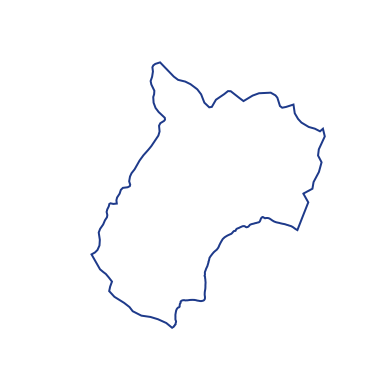 Martuni, Gegharkunik, Armenia, rotated 127°
{"feature_id": "60910142B24861736009361", "entity_name": "Martuni", "entity_type": "district", "adm_level": 2, "iso_a3": "ARM", "parent_name": "Armenia", "parent_adm1": "Gegharkunik", "projection": "robinson", "projection_center": [45.353, 40.06], "detail": "fine", "context": "isolated", "style": "outline", "palette": "blue", "viewbox_px": 384, "rotation_deg": 127, "n_neighbors": 0, "source": "geoboundaries", "source_scale": "gbopen_adm2", "svg_char_len": 5901}
<svg xmlns="http://www.w3.org/2000/svg" viewBox="0 0 384 384"><g transform="rotate(127 192 192)"><path d="M67.5,132.0L69.8,137.9L70.7,146.4L69.8,151.3L67.3,157.3L61.1,163.6L67.5,168.1L70.4,170.7L70.4,173.5L65.3,180.6L64.6,183.5L65.3,188.9L72.8,197.9L78.5,201.6L88.4,205.6L88.4,210.7L88.2,221.7L89.8,224.0L94.5,225.2L103.9,228.4L112.1,227.4L114.0,229.2L113.2,235.9L108.5,243.5L106.8,249.6L106.8,258.1L107.9,263.9L110.8,270.6L110.8,276.0L107.7,295.5L111.8,298.4L114.2,299.1L116.2,298.7L119.3,295.7L124.0,293.2L128.3,291.8L130.6,289.2L133.8,283.0L136.7,281.1L139.5,280.1L143.8,276.4L146.8,271.7L148.2,266.8L149.1,258.4L150.5,257.1L152.0,257.1L156.1,258.7L158.9,258.2L163.2,254.3L167.2,252.8L179.9,252.1L184.6,252.3L191.9,252.9L198.4,252.8L208.4,251.5L213.4,251.6L217.0,250.8L221.3,248.6L223.4,245.7L224.8,245.2L226.9,246.2L230.3,249.7L233.1,250.1L236.9,248.8L241.5,248.5L244.1,247.4L246.5,245.1L248.9,247.7L250.1,250.3L251.3,250.8L253.6,249.8L256.9,249.2L259.3,248.2L261.4,245.7L263.4,244.7L266.9,244.5L271.4,243.4L276.7,243.2L280.5,242.1L285.7,236.8L290.4,233.7L295.2,232.6L298.7,233.1L302.3,234.7L309.1,218.9L309.3,214.7L309.3,211.5L310.3,207.1L311.7,202.0L316.9,200.4L321.0,198.5L322.4,190.9L321.4,179.4L321.5,172.7L322.9,167.6L321.2,158.0L316.8,150.0L314.1,142.6L312.1,133.7L312.4,126.2L311.5,125.9L311.2,125.7L310.7,125.6L310.3,125.5L310.2,125.5L309.9,125.6L309.7,125.7L309.3,125.5L309.1,125.5L308.9,125.5L308.7,125.6L308.4,125.7L308.2,125.6L307.9,125.5L307.5,125.5L307.3,125.7L306.9,126.0L306.6,126.1L305.5,126.5L305.2,126.7L305.0,126.8L304.8,127.0L304.5,127.5L304.3,127.8L304.1,128.1L303.8,128.5L303.4,128.8L302.9,129.2L302.5,129.5L301.5,130.2L301.1,130.6L300.5,131.0L300.0,131.4L299.4,131.7L297.5,132.7L296.8,133.0L296.3,133.3L295.8,133.4L294.8,133.7L294.3,133.7L293.9,133.7L293.6,133.7L293.0,133.6L292.6,133.5L292.2,133.3L292.0,133.2L291.9,133.0L291.7,132.9L291.4,132.9L291.1,132.9L290.8,133.0L290.3,133.4L289.7,133.8L289.0,134.1L288.7,134.3L288.2,134.4L287.8,134.4L287.5,134.4L287.3,134.4L287.2,134.5L286.9,134.7L286.8,134.9L286.7,135.0L286.3,135.1L286.1,135.1L285.8,135.1L285.5,135.0L285.2,134.9L284.9,134.8L284.6,134.6L284.3,134.4L283.9,134.1L283.6,133.8L283.4,133.5L283.2,133.3L283.1,133.1L282.9,132.8L282.8,132.5L282.6,132.1L282.4,131.9L282.3,131.7L282.1,131.5L281.9,131.3L281.5,130.7L281.3,130.5L280.8,130.0L280.5,129.7L280.1,129.3L279.7,128.9L279.4,128.6L278.6,127.6L278.2,127.2L277.4,126.1L277.2,125.7L276.9,125.4L276.5,124.6L276.2,124.1L276.0,123.7L275.7,122.9L275.5,122.4L275.2,121.9L274.9,121.3L274.5,120.5L274.1,119.7L273.6,119.0L273.0,118.5L272.5,118.0L271.9,117.6L271.5,117.4L271.2,117.3L270.9,117.3L270.6,117.3L270.3,117.3L270.1,117.3L269.8,117.4L269.5,117.5L269.1,117.7L268.7,118.0L268.4,118.2L268.1,118.4L267.9,118.6L267.3,119.2L266.5,120.0L265.5,120.7L264.5,121.4L264.0,121.7L261.7,122.9L261.0,123.3L259.4,124.4L258.5,125.1L257.3,125.9L256.9,126.2L256.5,126.4L256.0,126.8L254.9,127.8L254.1,128.5L253.5,129.0L253.0,129.6L252.2,130.3L251.9,130.5L251.7,130.9L251.6,131.2L251.5,131.4L251.3,131.6L251.2,131.6L250.9,131.7L250.6,131.7L250.3,131.9L249.7,132.3L249.4,132.6L249.1,132.8L248.8,133.1L248.5,133.3L248.1,133.5L247.6,133.7L247.2,133.8L246.1,134.1L245.3,134.4L244.5,134.6L242.6,135.0L242.0,135.1L241.5,135.3L239.6,136.0L238.6,136.4L238.2,136.5L237.9,136.8L237.7,136.9L237.5,137.0L237.3,137.0L237.1,137.0L236.9,137.1L236.7,137.2L236.3,137.3L235.3,137.8L234.4,138.2L234.0,138.4L233.4,138.4L232.6,138.5L232.0,138.5L231.0,138.5L230.1,138.5L229.6,138.5L229.2,138.5L227.7,138.4L227.3,138.4L226.8,138.3L226.5,138.3L226.1,138.2L225.2,138.0L223.9,137.7L223.6,137.6L223.1,137.5L222.5,137.5L221.6,137.5L221.0,137.5L220.6,137.5L220.2,137.6L219.3,137.8L218.8,137.9L218.3,138.1L217.7,138.2L216.6,138.4L215.6,138.6L214.1,138.8L213.3,138.9L212.2,139.0L211.7,139.1L211.2,139.1L210.7,139.1L210.3,139.0L209.8,138.9L209.3,138.8L208.9,138.8L208.3,138.6L207.8,138.4L207.4,138.3L207.0,138.1L206.5,137.9L205.7,137.6L205.3,137.4L204.5,137.0L204.0,136.7L203.2,136.3L202.0,135.6L201.5,135.4L201.0,135.3L200.6,135.3L199.8,135.2L199.1,135.2L198.4,135.1L198.0,135.0L197.8,134.9L197.6,134.7L197.4,134.5L197.1,134.1L196.9,134.0L196.8,133.9L196.6,133.9L196.4,134.0L196.2,134.0L195.8,134.2L195.3,134.2L194.9,134.2L194.6,134.1L194.0,133.9L193.4,133.5L193.0,133.3L192.6,133.0L191.4,132.4L190.6,132.0L190.3,131.8L189.6,131.4L189.2,131.2L188.8,130.9L188.5,130.6L188.0,130.0L187.8,129.7L187.7,129.5L187.6,129.3L187.6,128.8L187.6,128.1L187.5,127.8L187.4,127.5L187.3,127.2L187.0,127.0L186.8,126.8L186.6,126.6L186.0,126.3L185.8,126.2L185.5,126.1L185.2,126.1L184.1,126.0L183.8,126.0L183.5,126.0L183.2,125.9L182.9,125.8L182.6,125.6L182.3,125.4L181.9,125.1L181.4,124.8L181.1,124.5L179.9,123.5L179.4,123.2L178.3,122.3L177.9,121.9L177.4,121.6L176.9,121.2L176.6,120.9L176.2,120.6L175.9,120.4L175.6,120.3L175.4,120.2L175.0,120.2L174.6,120.2L174.2,120.2L173.5,120.4L172.9,120.6L172.6,120.7L171.9,120.9L171.1,121.0L170.9,121.0L170.7,121.0L170.5,120.9L170.4,120.8L170.2,120.8L169.8,120.8L169.6,120.7L169.4,120.3L169.3,120.2L169.3,119.8L169.2,119.5L169.2,119.1L169.2,118.8L169.1,118.6L169.0,118.2L169.0,117.9L168.8,117.8L168.7,117.6L168.3,117.3L168.0,116.9L167.8,116.7L167.2,115.9L167.0,115.5L166.9,115.2L166.8,114.9L166.7,114.6L166.6,114.4L166.5,113.7L166.5,113.4L166.5,113.0L166.4,112.0L166.4,110.7L166.2,109.3L166.2,108.9L166.1,108.6L165.9,107.8L165.7,107.2L165.5,106.5L165.2,105.9L165.1,105.6L164.8,105.0L164.6,104.5L164.3,104.0L164.1,103.5L163.7,102.4L163.4,101.8L163.2,101.3L163.0,100.8L162.7,100.3L162.5,99.8L162.2,99.3L161.8,98.4L161.5,97.5L161.3,96.9L161.1,96.3L160.8,95.7L160.4,94.4L159.8,92.8L159.6,92.2L159.6,91.8L159.4,91.2L159.4,90.5L159.3,90.2L159.3,89.9L159.3,89.1L159.3,87.9L159.1,85.5L159.0,84.9L146.2,88.5L130.3,92.9L126.3,102.1L126.2,102.1L116.9,97.8L110.9,100.9L99.6,102.7L90.3,106.4L87.0,113.3L81.6,116.4L67.7,119.4L62.7,125.5L66.5,126.3L67.5,132.0Z" fill="none" stroke="#1e3a8a" stroke-width="2"/></g></svg>